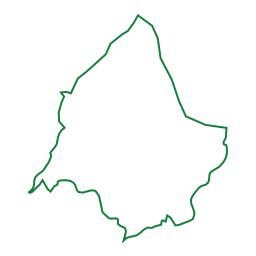 Yomou, Albers equal-area conic projection
{"feature_id": "GIN-5659", "entity_name": "Yomou", "entity_type": "Prefecture", "adm_level": 1, "iso_a3": "GIN", "parent_name": "Guinea", "parent_adm1": "", "projection": "albers", "projection_center": [-9.126, 7.622], "detail": "fine", "context": "isolated", "style": "outline", "palette": "green", "viewbox_px": 256, "rotation_deg": 0, "n_neighbors": 0, "source": "natural_earth", "source_scale": "10m", "svg_char_len": 1524}
<svg xmlns="http://www.w3.org/2000/svg" viewBox="0 0 256 256"><path d="M30.1,192.9L29.9,192.8L29.0,192.1L31.9,189.7L33.5,187.0L34.1,183.9L34.3,180.4L35.4,177.1L37.8,174.6L43.2,170.6L49.0,161.8L51.2,156.2L50.3,152.6L54.9,147.2L56.7,144.2L58.0,137.2L59.5,133.3L61.7,129.9L64.6,127.8L59.1,121.4L58.7,112.6L61.2,103.3L64.1,96.6L60.9,92.5L66.3,91.8L70.9,93.3L77.8,78.5L86.7,71.5L105.8,54.3L110.5,43.7L122.0,34.5L127.9,30.9L133.8,22.8L138.0,15.4L152.2,25.8L157.8,38.5L160.6,58.3L171.8,79.6L178.9,100.8L185.9,116.4L205.5,124.9L226.5,127.9L225.9,136.9L225.5,138.4L224.0,141.1L223.5,142.6L223.8,144.2L224.9,144.7L226.0,145.0L226.7,146.2L227.0,152.3L226.0,157.5L223.4,162.2L219.1,166.9L211.8,171.3L210.3,172.6L209.4,175.0L209.0,180.3L208.0,182.7L205.8,184.7L201.6,185.9L199.2,187.5L194.4,193.3L192.1,196.9L190.9,199.7L191.4,204.2L193.3,208.9L194.5,213.8L192.9,219.0L190.0,220.7L178.8,225.0L175.4,225.4L170.4,217.5L167.1,215.5L165.7,221.6L163.0,220.4L161.8,220.8L161.0,224.9L159.8,225.0L154.1,226.7L152.0,227.9L147.5,227.6L144.0,229.5L140.7,232.5L137.1,235.1L133.7,236.2L130.0,236.8L128.6,237.3L126.5,238.0L123.6,240.6L126.0,231.6L125.1,228.2L120.0,225.6L118.0,224.0L117.9,219.4L116.4,218.4L110.6,218.6L109.1,218.3L102.6,212.4L99.1,196.1L95.4,190.8L91.4,190.3L82.6,192.6L78.5,192.0L76.9,190.2L75.2,185.0L73.4,182.7L71.2,181.4L69.3,180.7L65.6,180.2L61.3,180.4L58.9,180.8L57.9,181.7L57.3,184.6L56.0,185.4L54.5,185.9L50.6,191.6L47.6,189.0L42.6,180.2L39.7,184.5L32.2,191.9L30.1,192.9Z" fill="none" stroke="#15803d" stroke-width="2"/></svg>